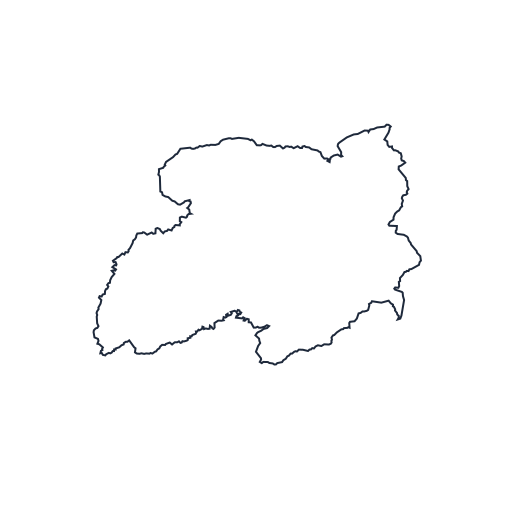 outline of Cachoeira do Sul, Rio Grande do Sul, Brazil, rotated 57°
{"feature_id": "56859067B94054862444649", "entity_name": "Cachoeira do Sul", "entity_type": "district", "adm_level": 2, "iso_a3": "BRA", "parent_name": "Brazil", "parent_adm1": "Rio Grande do Sul", "projection": "robinson", "projection_center": [-52.981, -30.236], "detail": "fine", "context": "isolated", "style": "outline", "palette": "slate", "viewbox_px": 512, "rotation_deg": 57, "n_neighbors": 0, "source": "geoboundaries", "source_scale": "gbopen_adm2", "svg_char_len": 6124}
<svg xmlns="http://www.w3.org/2000/svg" viewBox="0 0 512 512"><g transform="rotate(57 256 256)"><path d="M173.6,345.2L175.1,346.5L176.0,348.5L176.1,350.5L178.0,352.5L180.8,357.4L181.4,359.6L182.6,360.2L183.2,361.6L181.7,363.4L183.1,365.6L181.1,366.8L182.0,371.9L181.3,372.9L181.9,374.0L182.1,378.6L183.7,378.8L184.6,377.1L187.0,377.5L187.7,378.4L186.6,379.6L187.1,382.5L191.0,380.7L191.6,382.1L190.5,383.2L189.9,385.0L193.9,384.5L195.1,388.6L196.9,391.5L198.9,393.1L198.4,394.5L199.2,396.6L201.1,396.4L202.4,398.5L202.1,400.0L203.3,401.8L205.5,403.4L204.8,405.6L205.9,407.5L204.5,409.0L205.4,410.4L208.7,409.7L211.3,412.3L213.4,416.3L214.8,416.9L215.9,419.5L217.0,420.8L219.0,421.3L220.1,422.6L226.0,425.9L229.0,426.3L229.9,428.2L229.4,430.0L230.0,432.4L231.4,433.7L236.3,435.8L239.4,433.7L241.4,434.3L243.2,436.8L244.7,435.5L249.3,434.2L250.2,435.8L251.2,436.0L251.1,437.7L252.8,439.5L253.3,438.2L255.5,438.3L257.3,436.5L256.8,435.2L257.1,432.2L258.3,431.2L258.4,429.6L257.7,428.0L258.4,426.9L257.1,425.9L258.0,424.7L257.1,424.1L258.1,420.4L257.6,417.4L258.1,415.2L257.0,414.2L257.0,412.0L257.9,410.5L257.7,408.3L266.2,407.9L267.8,407.3L270.9,410.0L272.9,409.1L274.6,406.9L275.2,405.1L277.2,403.1L277.9,401.2L279.9,398.5L279.9,397.3L281.4,396.0L281.2,393.0L281.6,391.7L280.7,389.4L280.8,387.4L279.7,385.6L279.4,383.1L281.1,380.7L280.7,379.5L281.6,375.5L284.5,374.6L284.1,371.2L285.5,368.9L285.6,367.1L287.7,366.7L288.1,365.5L287.4,364.1L288.4,363.0L289.3,360.1L289.2,358.8L287.8,358.1L288.8,355.6L287.5,354.9L288.3,353.7L287.6,352.4L288.4,349.0L287.7,347.9L286.6,347.5L287.3,346.4L286.5,344.4L287.5,343.9L287.7,340.9L286.1,339.4L287.0,338.7L289.0,339.4L289.4,337.6L291.0,336.0L291.7,334.5L289.4,332.6L291.2,331.9L293.0,332.0L294.0,331.4L293.5,329.7L289.6,327.4L289.6,322.8L291.5,320.2L292.3,318.1L291.3,318.1L289.6,316.4L290.9,315.4L291.1,314.1L289.0,313.1L289.0,311.2L290.9,311.9L291.6,309.1L290.8,307.5L289.2,307.6L290.3,303.7L292.4,302.7L291.4,300.6L292.6,299.6L293.9,300.0L295.4,299.2L296.2,300.8L294.2,303.1L296.1,303.3L295.8,305.2L296.8,306.4L300.8,301.6L300.4,300.2L301.9,299.4L303.4,301.5L304.2,300.7L303.7,297.8L305.1,296.6L307.6,298.2L309.0,296.4L314.8,296.9L315.9,295.2L316.2,293.2L317.8,292.5L318.9,290.7L319.9,287.4L320.0,284.5L321.9,283.2L322.5,285.9L321.3,289.4L321.5,292.4L321.0,295.7L321.1,297.0L322.2,299.7L326.9,298.4L329.0,299.4L331.3,299.9L332.6,303.2L336.3,308.2L344.4,307.5L345.6,308.1L346.9,310.5L349.0,309.5L348.8,307.6L351.4,303.8L353.0,303.1L355.2,300.5L357.0,299.7L357.8,298.3L357.4,296.5L359.2,291.9L358.3,289.8L358.4,287.0L357.2,284.3L357.5,282.7L356.7,280.1L357.5,278.9L357.1,276.1L357.4,274.7L358.4,273.7L357.9,271.0L360.2,267.7L364.0,264.1L363.6,262.1L364.3,260.8L363.9,259.0L365.1,257.8L364.3,255.3L364.6,252.7L367.1,250.2L367.2,246.9L370.0,243.0L370.3,241.0L369.7,239.7L368.2,239.0L367.6,237.9L365.5,237.1L364.5,234.6L364.9,233.4L364.1,229.8L364.0,224.4L364.8,222.7L364.4,221.5L366.0,218.6L366.0,217.4L367.1,216.6L363.0,214.3L362.4,213.0L364.4,208.9L363.4,205.5L360.0,201.2L360.7,199.3L360.5,196.9L361.4,195.6L362.3,193.0L362.3,191.3L359.2,187.9L357.8,187.4L358.0,184.8L357.1,183.4L363.4,176.3L365.7,169.1L369.2,168.7L371.4,167.6L372.7,168.6L373.7,168.0L376.5,168.3L377.4,169.1L380.6,168.8L382.0,169.4L384.0,168.9L385.5,170.0L386.4,171.7L387.1,169.1L385.2,166.5L373.6,155.8L369.7,154.6L366.7,153.0L365.6,153.2L359.9,157.7L358.7,157.8L358.2,156.4L360.2,153.9L359.2,152.3L355.5,150.3L355.5,148.8L352.9,147.3L351.9,143.2L350.3,140.2L350.9,139.0L350.6,137.7L351.7,136.3L350.7,134.6L351.6,132.8L352.2,124.1L350.3,122.2L349.7,120.2L345.6,118.3L341.0,119.2L339.4,118.6L330.8,119.7L329.4,119.2L326.2,119.5L323.4,118.6L321.9,118.8L318.7,120.5L314.6,125.3L312.5,126.1L311.0,125.0L310.6,123.8L307.6,121.5L303.2,127.7L301.7,127.7L300.4,125.2L300.4,120.9L298.4,119.5L296.2,116.2L295.6,113.3L295.7,111.1L294.0,107.9L294.0,106.4L291.7,105.4L289.6,102.6L286.9,102.2L285.9,101.0L285.3,99.4L286.3,97.0L286.1,95.1L284.5,94.8L283.6,93.7L283.0,91.6L279.8,91.1L275.5,88.4L274.0,88.9L272.1,87.9L261.0,89.2L258.7,87.5L259.2,85.1L259.0,80.0L256.9,80.3L255.2,81.7L253.4,81.2L251.8,79.6L248.7,78.6L247.1,79.8L245.7,79.8L243.2,81.6L242.5,82.8L239.5,83.1L238.2,82.3L237.1,84.8L234.5,85.1L231.4,83.5L228.2,84.9L224.7,77.7L222.5,74.9L221.4,74.3L220.8,72.5L218.2,73.4L217.0,75.0L217.6,77.6L214.2,84.4L213.6,88.2L212.1,91.3L213.3,94.1L211.9,93.8L209.9,96.6L209.1,104.2L207.3,107.8L206.0,115.2L206.3,124.1L206.6,125.9L207.5,127.0L208.4,127.7L215.3,128.0L217.6,129.6L219.3,129.3L219.0,130.6L215.4,132.3L214.1,136.0L214.1,139.7L215.1,140.8L214.5,142.7L212.9,143.3L211.5,145.7L208.0,146.3L204.0,145.4L202.5,146.5L201.0,146.9L196.7,151.3L193.9,152.3L191.7,154.9L190.2,155.4L189.5,157.4L190.5,158.6L189.4,160.2L186.6,161.3L186.1,165.7L183.5,166.9L182.9,168.4L181.3,169.6L180.2,171.6L180.7,173.1L180.5,174.8L176.4,175.9L175.0,178.7L175.0,180.7L174.0,182.2L171.7,183.0L171.1,184.5L169.1,187.0L165.5,189.5L165.8,191.3L165.4,192.4L163.5,195.0L158.8,195.2L156.1,196.1L156.0,197.5L153.4,199.0L147.5,206.1L144.7,212.4L143.4,213.2L142.4,214.8L140.5,220.3L140.5,223.1L141.7,226.2L140.7,229.6L138.0,233.5L137.8,235.1L136.2,236.8L135.0,241.4L133.1,243.3L133.3,246.0L132.6,247.0L132.6,248.7L131.9,250.4L130.8,251.6L129.3,252.2L124.9,261.0L127.4,266.5L127.0,268.2L127.9,271.7L128.1,280.2L129.7,282.8L130.7,282.8L130.9,284.7L131.5,285.8L130.3,290.1L132.7,291.6L134.6,293.6L135.7,293.2L137.1,293.4L149.8,301.1L151.4,300.1L153.9,301.1L156.7,299.6L158.8,297.5L164.1,296.1L165.9,294.5L170.1,293.3L171.6,291.7L171.8,287.2L171.3,286.0L172.9,281.3L173.8,282.0L174.7,281.2L176.2,281.8L178.2,286.3L178.3,287.5L180.7,286.7L184.0,288.2L185.1,287.6L184.1,289.7L184.5,291.6L185.5,292.4L185.7,293.9L182.6,296.8L182.3,298.9L185.3,300.9L186.9,300.2L187.9,302.8L188.8,303.3L186.2,306.6L186.3,307.9L187.2,308.7L187.1,310.5L188.6,312.9L185.9,315.2L186.5,316.9L185.7,319.2L186.4,321.4L182.8,322.2L181.0,322.0L178.8,323.5L178.5,325.3L182.2,328.0L181.4,330.1L179.5,330.7L178.8,335.7L175.5,336.9L174.5,337.9L174.8,339.0L172.5,343.3L173.6,345.2ZM214.5,142.7L216.3,142.2L217.3,143.1L215.1,144.3L214.5,142.7Z" fill="none" stroke="#1e293b" stroke-width="2"/></g></svg>